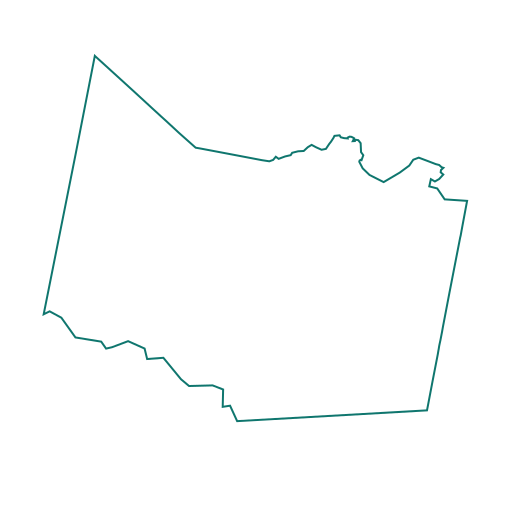 outline of Harrison, Texas, United States of America, rotated 11°
{"feature_id": "52423323B74436267722648", "entity_name": "Harrison", "entity_type": "district", "adm_level": 2, "iso_a3": "USA", "parent_name": "United States of America", "parent_adm1": "Texas", "projection": "albers", "projection_center": [-94.284, 32.56], "detail": "fine", "context": "isolated", "style": "outline", "palette": "teal", "viewbox_px": 512, "rotation_deg": 11, "n_neighbors": 0, "source": "geoboundaries", "source_scale": "gbopen_adm2", "svg_char_len": 1641}
<svg xmlns="http://www.w3.org/2000/svg" viewBox="0 0 512 512"><g transform="rotate(11 256 256)"><path d="M132.1,373.0L146.7,364.0L164.3,368.1L168.8,377.9L184.5,373.6L205.9,391.3L215.1,396.4L238.1,391.3L249.2,393.3L252.1,410.4L259.1,407.9L269.0,421.7L453.3,374.9L453.3,369.5L453.3,369.0L453.2,344.3L453.2,341.2L453.2,319.5L453.2,318.8L453.2,317.7L453.1,314.1L453.1,312.5L453.0,309.7L453.0,308.1L453.1,303.6L453.1,294.9L453.0,288.9L453.0,286.8L452.9,256.3L452.9,253.0L452.9,220.4L452.9,214.7L452.9,212.0L452.9,199.0L453.0,196.8L452.9,188.5L452.7,161.6L430.4,164.4L421.0,155.1L412.8,154.6L413.0,147.2L417.4,148.7L421.1,145.5L424.3,140.3L421.3,138.6L421.2,136.3L423.1,133.7L421.2,133.4L418.4,131.7L414.9,131.5L412.1,131.0L407.0,130.1L397.0,128.4L392.0,131.5L389.2,138.0L381.2,146.7L367.2,159.1L352.0,154.8L344.0,149.6L339.4,143.8L339.5,142.5L340.4,141.6L341.3,141.8L342.1,136.6L339.3,134.0L337.2,125.3L334.3,122.8L330.9,122.9L331.1,124.3L329.1,124.8L329.4,123.8L329.8,121.7L328.4,121.2L326.8,120.8L325.0,121.0L324.5,121.5L323.9,121.8L323.2,122.6L323.5,123.1L320.0,123.5L316.6,123.3L315.0,121.6L310.1,123.1L309.5,125.3L307.8,129.5L306.5,132.0L304.2,137.5L300.1,139.2L294.2,137.8L289.4,136.3L286.1,139.3L282.8,143.8L277.3,145.2L271.8,147.8L270.8,150.4L265.6,152.7L259.7,156.3L256.5,154.8L254.5,158.4L251.0,160.5L243.5,160.8L217.9,160.9L197.2,161.0L180.6,161.1L176.1,161.2L157.0,149.9L145.7,142.9L142.5,140.9L136.2,137.1L126.4,131.1L110.0,121.0L101.2,115.6L79.0,102.1L70.3,96.8L60.2,90.7L59.6,90.3L59.5,190.3L58.7,353.7L64.0,349.7L76.7,353.7L94.3,370.4L120.4,369.6L126.5,375.5L132.1,373.0Z" fill="none" stroke="#0f766e" stroke-width="2"/></g></svg>